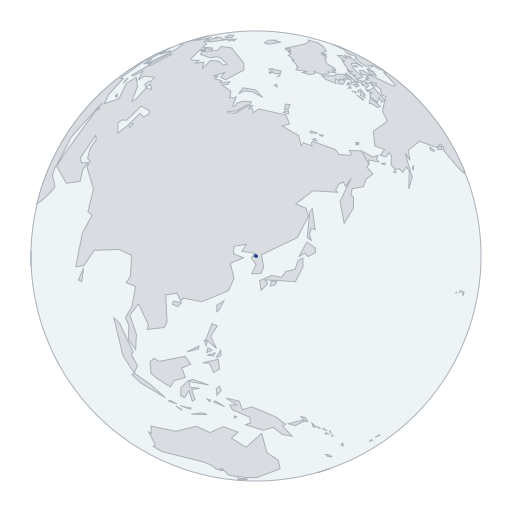 the Earth from above P'yŏngyang, rotated 19°
{"feature_id": "PRK-3305", "entity_name": "P'yŏngyang", "entity_type": "Special City", "adm_level": 1, "iso_a3": "PRK", "parent_name": "North Korea", "parent_adm1": "", "projection": "orthographic", "projection_center": [125.945, 38.994], "detail": "coarse", "context": "on_globe", "style": "filled", "palette": "blue", "viewbox_px": 512, "rotation_deg": 19, "n_neighbors": 0, "source": "natural_earth", "source_scale": "10m", "svg_char_len": 11860}
<svg xmlns="http://www.w3.org/2000/svg" viewBox="0 0 512 512"><g transform="rotate(19 256 256)"><circle cx="256" cy="256" r="225" fill="#eef3f6" stroke="#a8b0b8"/><path d="M431.3,384.4L431.1,385.4L430.8,385.7L431.3,384.4ZM423.0,104.8L423.3,105.1L426.4,108.7L424.6,107.0L426.1,110.2L417.8,106.4L397.7,94.2L398.7,92.4L393.8,90.2L392.2,92.5L392.3,94.6L373.2,94.3L365.5,106.7L370.5,115.4L363.5,110.2L378.0,130.5L378.6,142.8L373.4,126.2L369.3,122.5L367.5,129.1L362.9,126.8L359.3,128.9L354.0,125.8L351.4,117.0L347.9,115.0L346.8,119.9L340.8,120.3L342.9,113.3L332.6,113.4L326.3,99.9L336.4,85.9L328.4,78.0L326.8,63.0L322.4,62.7L319.1,57.6L312.8,55.5L314.3,53.9L307.9,53.8L307.7,55.7L304.9,56.5L301.2,55.6L302.4,53.1L304.5,53.2L302.9,52.1L305.2,51.3L301.9,51.2L303.9,48.7L296.4,50.0L293.4,47.0L296.2,45.7L303.1,47.4L326.7,50.3L331.7,50.5L331.8,48.5L316.9,40.9L319.4,40.9L317.6,39.6L312.9,38.6L312.7,39.3L303.5,37.7L304.3,39.4L300.7,39.2L298.7,40.8L291.3,39.1L285.2,36.7L286.5,35.5L283.9,34.6L276.4,34.9L272.8,32.4L260.0,30.9L259.9,30.8L267.2,31.0L283.2,32.4L299.1,34.9L314.8,38.5L330.1,43.3L345.1,49.1L359.6,56.0L373.6,63.9L387.1,72.8L399.8,82.6L411.8,93.3L423.0,104.8ZM464.7,226.3L462.9,222.6L464.6,222.5L464.7,226.3ZM461.3,222.0L462.0,222.9L461.3,222.5L461.3,222.0ZM460.5,222.8L461.0,222.2L460.6,223.3L460.5,222.8ZM459.6,224.5L460.0,223.4L460.0,223.7L459.6,224.5ZM457.5,225.7L456.9,225.9L457.2,224.5L457.5,225.7ZM393.2,96.1L392.6,92.9L395.8,91.9L396.7,94.8L393.2,96.1ZM386.5,98.9L385.0,96.4L390.7,98.3L389.8,99.1L386.5,98.9ZM375.1,122.4L375.5,118.9L376.7,123.2L375.1,122.4ZM359.8,129.8L361.1,131.7L358.7,132.0L359.8,129.8ZM302.8,41.8L300.8,41.3L302.3,41.2L302.8,41.8ZM303.9,43.0L307.0,43.3L308.0,43.9L306.0,43.8L303.9,43.0ZM348.4,127.7L344.1,128.0L348.0,126.1L348.4,127.7ZM299.8,42.6L309.3,45.1L310.9,46.4L304.8,46.9L299.8,42.6ZM341.4,127.2L331.1,128.5L333.1,132.5L321.5,122.4L334.1,124.3L338.5,121.2L338.3,124.8L341.4,127.2ZM309.3,56.8L309.3,54.6L312.8,57.3L309.3,56.8ZM312.2,58.4L326.9,66.5L325.0,69.7L320.4,66.1L320.8,71.2L312.6,68.6L310.6,65.3L313.5,63.7L308.2,64.0L312.2,58.4ZM316.7,116.9L313.8,116.1L316.3,115.3L316.7,116.9ZM304.0,57.0L307.2,58.2L305.8,60.9L299.2,59.1L301.8,58.7L304.0,57.0ZM324.8,74.0L322.6,75.9L315.4,74.3L313.6,74.9L312.3,68.9L324.8,74.0ZM300.2,57.7L296.0,58.1L293.2,56.1L300.9,56.0L300.2,57.7ZM308.1,62.5L307.1,63.8L305.6,62.4L308.1,62.5ZM281.1,50.0L284.9,51.0L284.5,52.4L281.1,50.0ZM294.6,58.4L295.5,59.1L295.8,59.9L292.5,59.8L294.6,58.4ZM307.3,68.3L304.8,67.4L307.5,70.7L302.2,69.9L302.3,66.1L300.0,67.4L298.4,67.2L300.3,64.4L307.3,68.3ZM289.9,62.1L288.2,57.6L281.3,55.2L281.5,53.7L292.6,57.9L289.9,62.1ZM295.9,63.7L292.2,62.3L294.3,61.0L298.0,61.2L295.9,63.7ZM298.6,70.8L306.7,72.9L306.4,73.7L298.6,70.8ZM287.5,61.6L288.0,62.8L286.8,61.6L287.5,61.6ZM294.8,68.2L297.6,68.7L297.2,69.6L294.8,68.2ZM286.5,64.7L286.0,63.2L288.5,63.1L286.5,64.7ZM290.0,66.5L288.7,67.5L289.7,64.0L291.3,66.6L290.0,66.5ZM293.9,68.9L294.6,69.6L292.7,68.5L293.9,68.9ZM277.2,66.0L277.9,61.6L283.5,61.4L282.1,65.7L277.2,66.0ZM107.4,86.7L95.6,99.6L92.5,103.2L87.2,107.7L69.8,132.2L72.7,131.4L64.1,151.3L63.0,161.3L75.3,151.9L77.2,135.0L84.6,126.1L88.8,134.3L88.2,150.3L91.1,147.4L97.4,132.9L103.4,132.7L100.3,127.8L97.0,132.6L95.0,129.9L97.9,125.4L99.9,125.3L101.8,120.0L91.8,122.5L87.4,127.7L88.7,117.9L81.5,125.9L79.7,125.5L91.2,112.1L94.7,109.6L111.1,92.3L107.5,93.8L91.8,110.6L94.0,107.2L89.0,110.3L94.5,105.3L112.6,87.5L117.7,80.3L114.0,81.1L136.6,65.0L140.2,62.8L127.2,72.5L131.3,70.6L143.0,63.7L138.0,67.5L141.2,66.1L137.1,70.0L140.3,71.8L137.6,75.9L147.4,73.5L147.3,75.5L141.5,76.2L136.0,79.1L130.2,90.5L131.6,91.7L138.5,89.5L136.0,93.3L143.4,89.8L144.3,95.9L149.4,85.8L157.6,83.8L162.8,86.3L166.4,84.0L158.0,80.2L153.7,80.4L148.6,83.4L138.0,83.5L138.1,80.5L152.8,74.1L154.6,69.3L165.2,67.2L181.6,77.6L184.0,84.1L170.0,99.1L164.5,98.5L166.8,92.6L156.7,100.0L161.3,98.4L159.3,101.8L166.6,101.5L165.5,104.0L174.4,99.8L173.9,102.8L168.2,105.4L178.6,108.3L179.8,114.7L182.7,114.2L185.4,112.0L185.2,122.0L187.3,121.3L188.2,117.7L193.1,114.0L201.5,111.6L201.0,115.2L197.8,116.5L190.4,125.1L182.2,128.6L182.8,129.9L189.8,127.8L198.9,117.3L204.1,114.9L200.6,120.0L202.3,117.9L204.7,117.9L206.6,121.4L210.8,116.0L238.3,113.0L244.7,120.1L238.5,124.6L257.1,128.2L262.9,137.1L263.7,133.6L273.2,133.7L271.5,130.8L272.7,129.2L296.3,129.5L301.4,132.9L312.5,130.2L312.9,128.5L309.8,125.8L321.5,122.4L333.1,132.5L331.6,135.7L339.9,140.4L335.2,147.2L335.1,155.4L325.0,161.0L325.8,167.4L329.0,168.6L332.5,178.7L328.7,196.5L317.7,176.8L320.7,151.7L318.2,161.2L314.6,157.7L311.1,160.5L309.7,167.6L312.2,169.2L288.4,175.9L276.8,193.9L287.8,194.5L292.7,201.3L289.1,225.1L260.8,253.0L267.1,264.5L266.1,271.2L257.8,274.1L258.9,264.2L252.2,259.5L254.1,253.8L241.1,256.0L243.2,248.0L232.0,254.1L234.1,261.2L244.8,261.8L234.1,271.2L242.5,284.3L241.3,297.7L219.7,316.9L201.1,319.5L199.5,323.2L193.3,316.9L183.3,322.1L193.4,347.5L192.4,353.5L176.9,360.9L176.9,356.3L160.5,339.5L156.0,352.9L168.4,369.0L172.7,383.7L162.5,376.4L158.4,363.0L152.6,356.7L155.1,344.9L152.2,323.9L142.0,323.5L143.8,315.9L138.3,295.9L124.2,294.4L101.1,303.4L96.4,321.2L89.1,324.9L84.4,290.9L87.7,271.1L82.6,268.7L80.6,245.7L67.1,226.7L68.3,220.4L65.1,218.8L64.2,207.8L67.1,198.1L65.1,194.1L58.1,220.1L60.5,224.6L66.9,222.5L64.1,230.2L65.4,242.6L53.0,249.0L38.1,235.8L41.8,221.3L57.2,170.8L59.7,168.0L60.0,167.6L60.5,166.7L56.6,170.3L61.0,161.3L47.2,192.5L42.6,203.7L37.8,236.2L37.0,236.8L37.0,245.3L43.3,255.8L42.2,260.0L36.1,272.0L31.8,278.1L30.8,261.7L31.0,245.3L32.4,228.9L34.9,212.7L38.7,196.7L43.6,181.0L49.6,165.7L56.8,150.9L64.9,136.6L74.2,123.0L84.3,110.1L95.4,98.0L107.4,86.7ZM82.2,175.0L85.3,185.0L93.1,172.7L94.9,175.7L96.9,170.7L93.6,171.8L99.8,159.0L104.4,161.0L108.7,156.8L107.9,153.2L98.4,151.8L89.5,169.8L84.9,170.9L82.2,175.0ZM262.1,30.8L260.4,30.8L261.3,30.8L262.1,30.8ZM162.6,56.5L158.3,58.8L155.6,59.0L159.1,55.4L163.1,54.8L162.6,56.5ZM152.9,62.0L166.5,57.6L164.8,60.1L163.4,59.3L161.0,61.5L158.1,60.9L143.3,68.3L139.9,69.2L148.3,61.1L147.4,63.1L151.6,60.5L152.9,62.0ZM204.0,46.3L209.9,45.7L198.7,51.8L194.5,51.8L197.8,47.7L204.6,45.5L204.0,46.3ZM287.2,43.6L290.2,43.9L289.8,44.5L287.0,44.7L287.2,43.6ZM282.9,50.3L273.9,43.2L276.8,43.1L268.0,39.8L272.3,38.3L277.9,40.3L274.6,37.1L281.3,38.3L278.2,36.3L290.2,41.0L296.1,42.5L287.9,41.4L283.7,42.6L283.7,43.6L288.2,47.7L298.9,51.9L296.5,54.3L292.0,54.9L289.1,54.2L291.5,52.8L285.8,53.0L287.2,50.4L282.9,50.3ZM240.4,67.3L244.5,64.7L233.2,66.9L234.5,63.4L233.1,63.9L231.2,61.4L226.5,59.4L228.1,58.0L225.6,57.9L224.2,56.4L221.3,55.9L223.2,53.2L219.7,52.4L222.6,51.6L216.1,51.1L221.8,50.4L220.6,48.8L215.8,50.3L233.0,39.7L235.9,36.6L235.2,34.8L244.9,34.4L251.8,36.2L255.9,39.6L251.7,43.0L256.9,42.5L256.4,44.1L252.5,43.8L258.2,45.2L256.8,46.5L260.4,51.1L269.5,53.0L271.1,55.0L266.8,54.9L271.4,57.0L264.4,58.3L265.3,59.9L259.4,63.1L250.6,62.5L252.3,64.3L247.9,67.1L240.4,67.3ZM275.4,66.8L264.5,66.3L259.9,64.3L272.2,59.7L272.3,58.1L280.0,55.7L286.6,58.8L283.7,59.1L282.5,60.2L281.0,58.8L281.3,60.8L277.5,61.5L276.7,63.3L273.4,62.6L275.4,66.8ZM93.3,103.7L91.7,105.9L90.2,108.8L87.0,111.1L93.3,103.7ZM105.5,91.3L104.6,92.7L99.4,96.7L101.1,94.6L105.5,91.3ZM108.6,90.2L105.0,92.4L108.0,90.0L108.6,90.2ZM141.2,77.5L140.9,79.0L139.1,79.9L137.2,79.9L141.2,77.5ZM207.3,75.1L210.4,73.4L211.4,74.0L219.5,72.8L219.2,75.6L214.2,77.4L207.3,75.1ZM73.0,151.1L70.7,150.6L72.1,147.9L72.6,148.6L73.0,151.1ZM77.2,129.4L74.2,135.8L76.4,130.0L77.2,129.4ZM208.4,77.9L211.7,77.0L209.5,79.0L208.4,77.9ZM219.4,77.6L217.5,79.9L220.1,75.8L219.4,77.6ZM42.4,327.7L41.5,324.3L45.6,336.3L46.7,339.2L42.4,327.7ZM229.0,423.8L236.0,425.4L235.8,426.0L229.0,423.8ZM221.7,420.3L229.6,421.6L220.4,421.7L221.7,420.3ZM232.7,422.1L240.7,421.6L244.2,420.8L243.6,422.3L232.7,422.1ZM216.4,419.5L188.3,413.5L177.4,408.6L179.7,406.6L197.4,411.7L216.4,419.5ZM178.9,406.3L162.5,393.3L141.7,360.7L149.1,364.1L171.2,387.0L169.8,389.1L179.7,398.5L178.9,406.3ZM219.3,400.4L217.8,407.6L202.1,404.0L195.0,401.2L190.2,390.3L192.9,385.9L198.6,387.3L221.7,373.9L229.6,379.6L222.2,386.0L228.8,393.9L219.3,400.4ZM96.9,323.5L99.6,337.0L95.9,336.4L96.9,323.5ZM231.9,362.5L222.0,369.1L231.3,359.6L231.9,362.5ZM237.8,352.7L238.0,357.1L234.5,352.4L237.8,352.7ZM198.6,329.3L192.5,328.8L192.7,325.6L200.7,324.4L198.6,329.3ZM240.2,309.0L238.7,318.4L237.1,321.4L235.0,315.3L240.2,309.0ZM210.7,103.9L199.7,102.1L191.7,103.4L186.8,108.0L189.0,101.2L201.4,99.1L210.7,103.9ZM235.0,111.3L239.2,107.9L240.5,110.3L239.7,111.4L235.0,111.3ZM235.3,108.6L234.4,102.9L238.9,101.6L238.6,106.3L235.3,108.6ZM220.9,89.4L217.7,88.5L219.6,86.9L220.9,89.4ZM312.1,473.1L311.0,471.9L320.8,469.7L317.4,471.7L312.1,473.1ZM384.9,440.8L384.9,440.7L390.6,436.6L392.0,434.7L392.2,435.4L395.8,432.6L384.9,440.8ZM274.0,467.8L230.6,471.5L220.7,469.5L222.4,467.4L211.9,457.3L215.0,458.0L212.0,451.0L237.2,447.9L255.0,436.4L270.0,437.9L280.7,428.0L296.4,428.4L292.1,436.3L308.9,440.1L319.1,421.9L330.4,438.5L343.3,441.7L348.1,449.3L328.9,465.2L316.9,469.5L314.1,469.3L309.3,471.0L301.0,471.9L295.5,469.2L290.7,470.7L294.9,467.6L288.2,470.6L283.5,468.5L274.0,467.8ZM386.5,421.0L389.0,420.3L393.4,420.9L389.2,422.3L386.5,421.0ZM424.8,392.1L426.1,392.3L423.4,394.5L424.8,392.1ZM430.8,385.7L427.6,388.5L431.3,384.4L430.8,385.7ZM398.9,406.4L400.3,406.8L399.3,407.6L398.9,406.4ZM397.9,406.5L399.3,404.2L399.2,406.0L397.9,406.5ZM385.3,401.9L386.8,400.4L387.5,400.9L385.3,401.9ZM246.4,426.5L256.0,421.9L261.4,421.8L246.4,426.5ZM383.0,400.6L379.2,401.6L379.6,400.4L383.0,400.6ZM383.2,398.1L382.7,396.7L385.2,399.4L383.2,398.1ZM375.8,397.0L380.5,398.3L375.3,397.5L375.8,397.0ZM373.1,398.1L369.7,397.9L369.9,397.3L373.1,398.1ZM336.3,407.9L348.7,414.7L339.0,416.2L328.0,412.3L319.8,418.4L301.1,418.9L305.2,415.5L302.6,410.5L283.5,408.9L279.7,405.4L286.4,403.1L274.0,400.1L287.5,398.7L293.2,405.8L300.9,400.1L314.5,400.7L327.8,401.8L338.8,405.5L336.3,407.9ZM287.8,414.2L290.2,414.2L288.2,416.3L287.8,414.2ZM363.3,395.7L368.2,397.8L367.6,398.8L365.3,398.8L363.3,395.7ZM341.3,404.0L353.1,396.2L355.9,395.8L348.1,403.7L341.3,404.0ZM350.1,393.0L355.6,392.8L358.6,395.4L357.5,396.5L350.1,393.0ZM260.1,407.1L259.6,409.0L256.2,407.2L260.1,407.1ZM264.6,406.2L275.2,408.7L263.7,407.8L264.6,406.2ZM233.4,396.3L236.3,401.5L245.8,399.5L238.6,403.1L245.1,411.4L243.0,414.0L236.5,405.1L234.5,413.3L230.3,412.6L227.9,405.0L232.0,396.5L236.1,393.2L253.2,393.4L233.4,396.3ZM264.5,400.4L261.7,394.6L263.8,390.9L266.8,394.1L264.5,400.4ZM253.9,380.0L246.9,372.5L240.3,374.4L253.9,366.0L258.3,374.7L253.9,380.0ZM248.4,364.2L242.2,365.9L248.8,360.9L248.4,364.2ZM240.8,363.3L240.4,358.3L245.1,359.5L240.8,363.3ZM251.6,364.7L253.2,356.4L255.4,361.6L251.6,364.7ZM239.2,346.7L248.8,356.3L235.7,351.1L236.5,334.3L242.2,334.7L239.2,346.7ZM279.3,279.8L278.7,274.5L284.2,273.7L283.1,277.5L279.3,279.8ZM301.5,267.6L285.4,271.8L272.4,275.6L275.9,278.3L272.0,286.8L267.4,278.2L277.3,269.2L287.0,268.0L289.5,260.7L297.3,256.0L297.2,246.7L301.0,242.8L304.0,251.0L301.5,267.6ZM296.8,242.7L299.5,226.4L309.4,229.1L311.0,233.3L305.6,239.5L300.7,237.6L296.8,242.7ZM303.1,223.4L298.4,221.6L292.5,197.1L293.7,192.8L303.4,212.0L299.5,211.5L299.2,217.3L303.1,223.4ZM314.1,118.1L313.8,116.3L315.9,117.9L314.1,118.1ZM271.5,127.6L273.4,125.7L275.7,127.4L271.5,127.6ZM279.8,121.4L275.9,120.8L280.3,119.9L279.8,121.4ZM267.0,119.9L274.4,119.8L267.0,122.1L267.0,119.9Z" fill="#d9dde1" stroke="#a8b0b8" stroke-width="1"/><path d="M255.3,254.9L255.5,255.1L255.7,255.3L255.8,255.3L255.8,255.2L256.0,255.1L256.3,255.1L256.5,255.3L256.9,255.4L256.9,255.6L257.0,255.7L257.2,255.8L257.3,256.0L257.0,256.1L256.9,256.0L256.7,256.0L256.5,256.3L256.8,256.6L256.8,256.8L256.6,257.0L256.3,257.1L256.0,257.0L255.9,256.8L255.6,256.6L255.3,256.6L254.9,256.8L254.7,256.7L254.9,256.5L255.0,256.2L254.9,256.0L254.9,255.7L255.1,255.5L255.1,255.4L255.1,255.2L255.3,254.9Z" fill="#3b82f6" stroke="#1e3a8a" stroke-width="1.5"/></g></svg>